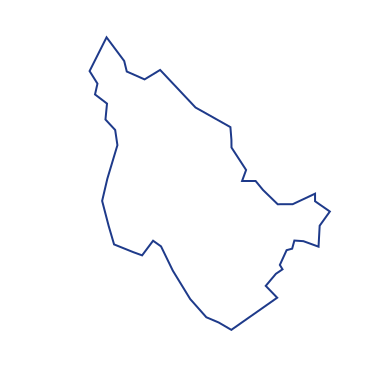 the border of Quezon City, rotated 290°
{"feature_id": "PHL-5549", "entity_name": "Quezon City", "entity_type": "Highly Urbanized City", "adm_level": 1, "iso_a3": "PHL", "parent_name": "Philippines", "parent_adm1": "", "projection": "orthographic", "projection_center": [121.079, 14.672], "detail": "fine", "context": "isolated", "style": "outline", "palette": "blue", "viewbox_px": 384, "rotation_deg": 290, "n_neighbors": 0, "source": "natural_earth", "source_scale": "10m", "svg_char_len": 752}
<svg xmlns="http://www.w3.org/2000/svg" viewBox="0 0 384 384"><g transform="rotate(290 192 192)"><path d="M270.6,54.4L308.1,58.8L291.9,83.5L282.9,89.5L281.6,108.9L295.8,120.3L272.6,166.4L266.1,205.9L254.5,211.2L247.3,213.9L231.2,235.3L219.5,235.3L224.1,248.0L218.2,258.0L209.8,276.7L215.0,290.8L232.5,308.2L225.4,310.8L220.8,328.2L204.0,323.5L183.9,329.6L183.9,313.5L181.4,304.8L173.0,305.5L169.7,300.8L153.5,299.5L150.3,303.5L143.8,298.8L129.0,293.4L121.8,308.2L75.9,276.1L78.5,261.7L79.2,248.3L90.8,226.9L111.5,200.9L130.3,181.5L132.9,172.1L115.4,166.8L115.4,157.4L116.1,136.7L131.6,125.3L152.9,110.6L175.6,107.9L210.5,105.9L224.0,98.6L230.5,85.9L246.0,81.9L250.5,67.5L261.5,66.1L270.6,54.4Z" fill="none" stroke="#1e3a8a" stroke-width="2"/></g></svg>